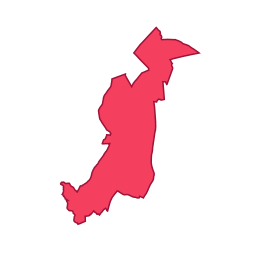 Tetlatlahuca, Tlaxcala, Mexico (Robinson projection), rotated 191°
{"feature_id": "50627088B49898192612493", "entity_name": "Tetlatlahuca", "entity_type": "district", "adm_level": 2, "iso_a3": "MEX", "parent_name": "Mexico", "parent_adm1": "Tlaxcala", "projection": "robinson", "projection_center": [-98.281, 19.233], "detail": "fine", "context": "isolated", "style": "filled", "palette": "rose", "viewbox_px": 256, "rotation_deg": 191, "n_neighbors": 0, "source": "geoboundaries", "source_scale": "gbopen_adm2", "svg_char_len": 5664}
<svg xmlns="http://www.w3.org/2000/svg" viewBox="0 0 256 256"><g transform="rotate(191 128 128)"><path d="M91.9,222.3L93.8,222.9L95.6,223.3L97.2,223.5L98.5,223.8L100.2,223.4L106.4,222.5L106.9,222.3L111.8,221.2L112.5,222.2L112.4,222.8L112.2,223.4L112.2,223.5L112.3,223.8L113.2,225.4L113.3,225.4L113.9,225.5L114.2,225.6L114.4,225.9L114.5,226.3L114.3,227.1L114.3,227.4L115.0,228.9L115.3,229.1L115.7,229.3L116.5,229.7L116.9,229.8L117.4,230.4L119.5,232.0L126.3,221.1L127.7,218.8L130.2,214.8L132.1,211.9L132.4,211.2L134.5,207.1L136.6,202.8L136.1,202.4L135.2,201.9L132.3,199.8L131.8,199.5L131.7,199.4L131.6,199.2L128.9,197.3L119.3,190.7L118.7,188.8L121.1,187.2L124.0,185.2L124.9,184.7L125.8,183.0L126.9,180.9L127.1,180.6L128.0,178.8L129.2,176.6L129.5,176.3L130.3,174.8L130.8,173.8L131.1,173.1L131.4,172.5L132.3,169.2L140.5,178.8L140.7,179.6L140.8,180.5L142.5,179.5L146.6,177.0L153.1,173.1L152.8,170.8L152.7,166.1L152.9,165.2L153.1,164.7L153.4,164.0L153.7,163.5L154.6,161.6L155.1,160.8L155.4,159.8L156.0,158.5L156.6,157.1L157.1,156.2L157.5,155.0L157.8,153.3L157.7,151.3L157.7,148.9L157.7,146.4L158.2,145.4L159.0,143.6L159.5,142.5L160.0,141.0L160.2,140.3L160.2,139.0L159.8,138.1L159.5,137.1L158.1,133.3L157.5,131.6L155.9,129.9L154.0,127.7L153.5,127.3L152.7,126.4L151.8,125.6L151.3,125.1L149.8,123.6L148.8,122.4L148.5,122.1L148.0,121.8L147.6,121.7L147.0,121.5L146.3,121.2L145.3,120.9L145.1,120.7L144.9,120.6L144.4,119.7L143.8,119.2L143.7,119.1L143.8,119.0L143.8,118.9L144.1,118.6L144.2,117.9L144.1,117.5L144.6,117.5L145.7,117.5L147.6,117.3L147.6,116.2L147.8,115.1L148.2,113.4L148.4,112.6L149.5,111.9L149.7,111.6L150.3,107.7L150.2,107.6L149.5,107.7L149.4,107.8L148.8,107.9L147.8,108.1L147.6,108.1L147.3,108.3L146.8,108.5L146.2,108.5L145.9,108.5L145.4,108.7L145.1,108.8L144.0,108.7L143.9,108.8L143.0,109.4L142.9,109.4L142.9,109.1L142.9,108.9L143.2,108.4L143.4,108.1L143.2,107.8L143.1,107.4L143.2,106.8L143.4,106.0L143.4,105.7L143.5,105.5L143.7,105.1L143.9,104.1L144.1,103.2L144.9,100.8L145.2,100.6L145.4,100.2L145.7,99.6L146.0,98.7L146.6,97.6L146.6,96.7L147.0,96.0L147.4,95.2L147.7,94.6L147.8,94.1L148.3,93.3L149.8,90.2L150.2,89.2L150.5,87.9L150.7,87.4L150.8,86.9L151.8,85.6L152.1,84.7L153.1,83.2L153.4,82.8L153.5,82.2L153.6,81.6L153.8,81.3L154.2,80.1L154.8,77.2L154.8,76.2L154.9,75.4L154.8,74.6L155.0,72.9L155.1,72.1L155.6,70.4L156.1,69.5L156.5,68.8L157.1,68.2L157.4,67.5L158.4,66.1L158.9,65.8L159.2,65.5L159.6,65.1L160.0,64.7L160.6,64.0L161.0,63.7L161.9,63.1L162.3,62.3L162.9,62.1L163.6,62.1L163.9,61.7L164.1,60.8L164.3,59.9L164.4,59.7L164.5,58.9L164.7,58.6L165.0,57.5L165.0,57.3L165.2,56.9L165.4,56.7L165.4,56.4L165.6,55.5L165.9,55.6L166.2,55.7L166.4,55.8L167.1,56.6L167.7,56.7L167.9,56.8L168.2,56.9L168.8,57.6L169.9,58.9L170.3,59.2L170.6,59.4L171.0,59.6L171.5,59.7L172.0,59.7L173.4,60.6L173.8,60.9L174.3,61.7L174.6,62.0L175.3,62.6L175.7,62.4L176.4,62.2L177.3,62.1L177.9,61.7L178.4,61.6L178.9,61.6L179.9,62.2L180.5,62.5L181.0,62.6L181.4,62.5L181.8,62.0L182.4,62.2L182.8,62.1L183.3,61.2L183.5,60.5L183.4,60.2L183.2,59.9L181.3,59.4L180.4,58.9L180.2,58.4L180.0,58.1L180.1,57.2L179.8,56.6L179.7,55.1L179.3,54.4L179.2,53.7L179.2,52.8L179.3,52.3L179.5,51.8L179.4,51.5L179.4,51.2L179.7,50.8L180.0,50.3L178.1,49.2L178.2,48.7L176.6,47.6L176.1,46.5L175.9,46.6L173.5,45.5L174.7,45.3L174.4,44.7L174.2,44.5L174.0,44.1L173.5,43.7L173.2,43.3L172.9,42.7L172.7,41.2L172.6,39.4L172.6,38.0L172.5,37.8L172.1,37.1L171.4,36.7L170.6,36.1L170.2,35.8L169.0,35.7L167.5,36.0L166.6,35.8L166.2,35.4L165.8,35.0L165.8,34.6L165.5,33.9L164.3,33.2L163.6,32.7L163.4,32.2L163.5,31.5L163.8,30.6L163.7,29.5L163.6,28.7L163.6,27.2L163.3,26.7L163.1,26.3L162.8,26.1L162.6,25.9L162.1,25.6L160.4,25.1L159.8,25.0L159.7,24.9L159.4,24.9L159.1,24.7L158.8,24.0L157.2,24.8L153.8,27.2L152.1,28.3L152.6,30.7L153.2,33.2L151.2,33.8L150.1,34.2L149.3,34.6L148.7,36.0L148.2,35.8L146.8,38.2L145.9,40.1L145.7,40.0L144.6,39.0L143.9,38.9L143.7,38.8L143.4,38.6L142.6,38.1L142.3,37.8L142.2,37.6L142.0,37.4L141.9,37.4L141.7,37.4L141.5,37.7L141.2,37.8L140.5,37.9L140.4,37.8L140.0,37.5L139.8,37.4L139.7,37.3L139.5,37.1L138.8,38.3L138.2,39.8L137.9,40.2L137.6,40.5L137.4,41.0L137.1,41.8L136.8,42.1L136.7,42.5L136.3,43.1L136.3,43.3L136.2,43.5L135.9,43.6L135.5,44.1L134.7,44.9L134.3,44.5L134.0,44.2L133.8,44.1L133.2,44.0L133.1,43.8L133.2,43.3L133.2,43.1L133.1,42.9L132.2,42.6L131.7,49.9L131.4,52.2L131.3,53.0L130.3,56.9L128.2,61.1L127.2,62.9L126.8,63.9L126.6,64.2L126.1,64.1L125.1,64.0L124.7,63.8L124.7,63.6L124.2,63.4L123.7,63.3L122.6,62.8L122.0,62.6L120.4,62.0L119.6,61.8L118.7,61.8L117.8,62.0L117.1,62.3L116.2,62.5L115.1,62.5L114.3,62.4L113.5,62.2L112.7,62.0L111.1,61.6L110.2,61.3L108.7,61.3L107.3,61.4L106.0,61.2L105.3,61.2L104.6,61.3L104.2,61.4L103.7,61.6L103.5,63.2L99.5,62.3L99.0,64.1L97.5,67.5L96.7,70.7L95.7,75.3L95.0,77.6L93.9,80.2L93.4,81.9L93.3,83.2L93.5,84.7L93.5,85.5L93.4,86.6L93.5,87.7L93.7,88.4L94.3,89.6L95.3,91.1L97.5,95.3L98.5,98.1L98.8,99.3L99.0,100.7L99.5,103.7L99.8,106.1L99.7,108.8L99.7,110.6L99.9,111.9L100.1,113.7L100.2,115.3L100.4,120.2L100.8,128.3L100.7,131.5L101.2,135.2L101.5,136.4L102.2,139.7L103.4,144.1L106.0,153.8L107.7,158.8L107.0,158.9L104.9,159.0L104.7,160.1L104.5,160.4L103.7,161.9L103.4,162.2L102.6,162.0L102.2,162.3L101.1,161.8L100.8,161.7L97.8,163.0L102.4,179.4L102.6,180.0L100.1,180.5L99.9,180.5L99.7,180.1L99.0,179.1L98.3,178.1L98.1,178.2L95.5,194.8L95.6,195.3L95.8,195.9L96.2,196.5L96.6,196.9L96.9,197.2L97.2,198.9L96.8,199.9L97.6,200.3L99.1,202.4L99.8,203.0L96.8,204.7L86.5,209.4L84.7,210.1L83.6,210.6L83.2,210.7L82.8,210.9L81.3,211.6L73.2,214.9L72.5,215.2L73.3,215.6L79.1,218.2L80.9,218.8L84.5,220.5L85.8,220.7L90.3,221.3L91.9,222.3Z" fill="#f43f5e" stroke="#9f1239" stroke-width="1.5"/></g></svg>